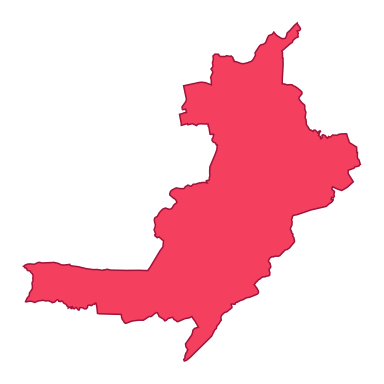 outline of Pleiku, Gia Lai, Vietnam
{"feature_id": "81297802B26419635481013", "entity_name": "Pleiku", "entity_type": "district", "adm_level": 2, "iso_a3": "VNM", "parent_name": "Vietnam", "parent_adm1": "Gia Lai", "projection": "orthographic", "projection_center": [107.982, 13.96], "detail": "fine", "context": "isolated", "style": "filled", "palette": "rose", "viewbox_px": 384, "rotation_deg": 0, "n_neighbors": 0, "source": "geoboundaries", "source_scale": "gbopen_adm2", "svg_char_len": 5946}
<svg xmlns="http://www.w3.org/2000/svg" viewBox="0 0 384 384"><path d="M211.0,69.0L212.4,71.0L212.8,72.1L212.6,72.9L210.6,77.4L211.2,79.6L211.4,84.9L205.3,82.6L201.5,82.2L199.4,82.4L183.6,85.8L186.4,99.1L186.2,100.5L185.5,102.0L182.0,106.9L182.3,109.2L182.6,109.7L185.7,109.2L186.4,112.5L184.1,112.8L182.0,113.7L179.5,114.3L181.2,123.0L181.3,125.4L187.5,123.6L187.9,124.8L192.4,123.7L196.6,125.6L197.7,124.3L199.8,123.8L208.7,124.1L208.4,124.2L208.1,125.9L208.3,126.5L208.9,127.0L210.0,134.2L210.6,134.5L213.0,134.0L213.9,134.7L213.3,135.5L213.2,137.3L212.1,139.0L212.0,140.4L213.3,142.1L215.3,142.9L216.5,145.1L217.3,145.0L216.8,149.9L215.0,154.7L209.9,166.8L209.6,171.7L209.8,172.8L209.6,173.7L210.0,175.4L209.4,177.2L209.2,179.9L208.8,180.3L207.2,180.4L206.2,180.9L207.2,182.9L204.7,182.4L201.9,182.5L201.2,182.9L199.4,182.9L195.3,184.2L193.3,184.2L191.0,186.3L190.3,186.2L188.9,185.3L187.5,185.2L186.7,186.0L185.5,186.5L184.3,188.2L183.3,188.7L178.4,188.4L176.7,187.9L175.4,188.2L171.9,190.1L170.5,191.4L169.7,193.8L169.8,195.0L173.5,198.2L175.1,199.1L176.1,200.4L176.9,202.3L175.8,203.5L174.5,204.3L173.7,205.2L172.3,207.7L170.9,209.0L169.3,209.3L165.4,208.0L162.4,209.3L159.4,212.6L157.2,216.6L155.3,217.4L154.5,218.5L154.3,220.7L155.4,225.0L155.1,226.9L154.1,229.7L155.7,234.2L154.7,234.9L155.3,236.3L156.0,236.4L156.8,237.5L157.6,237.7L158.4,237.1L159.1,237.0L162.2,239.9L163.5,240.5L163.0,246.2L162.9,246.9L160.2,250.5L150.2,267.2L147.7,270.6L139.0,270.3L126.5,270.4L110.6,270.1L107.0,269.2L105.5,269.8L103.5,269.9L102.6,270.4L97.3,269.5L93.4,269.6L86.5,268.7L78.2,266.7L71.1,265.8L70.1,265.2L69.8,264.4L64.3,265.0L61.3,264.9L58.6,263.5L54.0,262.4L42.1,263.0L39.4,262.3L37.8,262.6L34.3,264.3L30.0,263.9L27.6,264.1L25.1,265.1L23.7,266.2L24.1,266.3L24.4,267.2L24.8,267.4L25.1,268.0L26.2,267.9L27.4,270.3L27.9,270.6L29.9,270.9L31.3,272.9L32.5,274.0L33.1,275.6L32.8,278.7L33.1,280.4L32.0,282.9L32.4,286.7L32.3,288.7L29.5,293.0L29.2,295.7L27.1,298.2L25.5,301.7L25.9,301.9L30.0,301.2L32.3,301.5L34.7,302.5L38.1,301.0L43.1,300.3L46.1,301.0L48.2,300.6L49.9,301.4L50.9,301.6L52.2,302.7L54.6,302.1L56.9,299.9L57.6,299.7L58.4,300.2L58.7,301.3L60.6,301.6L61.6,301.0L62.2,301.1L64.0,303.3L66.2,304.4L67.2,306.2L68.2,306.8L68.2,308.1L70.1,307.1L71.1,308.5L71.6,308.6L71.8,306.8L72.3,306.6L73.4,308.6L74.4,308.8L75.8,307.5L76.2,307.5L78.3,310.0L79.3,309.9L79.7,308.0L80.3,307.6L82.8,307.8L84.6,308.9L86.5,308.7L87.5,307.3L87.7,305.6L89.7,305.0L91.1,305.7L91.6,305.6L93.3,304.1L94.6,304.2L95.4,303.1L95.8,303.0L96.7,305.8L97.5,313.4L99.5,313.8L121.2,314.4L121.7,317.9L122.2,319.1L124.6,322.8L125.4,323.3L126.5,323.1L132.3,321.0L138.8,320.2L143.5,320.2L149.0,316.5L150.5,316.7L151.7,316.2L154.6,313.6L156.8,312.5L157.6,313.1L159.2,316.6L163.2,318.9L164.9,320.9L166.2,320.3L168.3,318.4L172.6,317.3L173.9,319.4L175.9,320.5L176.9,321.5L177.9,321.7L184.7,318.7L189.5,317.8L191.8,316.5L193.9,319.8L194.8,320.8L198.4,327.1L194.7,328.4L193.3,329.7L192.9,330.5L192.5,332.7L191.8,334.9L185.5,343.9L185.9,346.8L187.9,349.8L187.1,350.8L186.9,351.9L185.7,353.4L185.6,354.4L185.0,355.6L185.0,357.7L183.7,359.6L184.3,361.0L186.5,360.3L189.9,357.6L211.5,336.3L214.7,329.9L216.4,328.4L216.7,326.3L219.2,323.3L220.4,321.1L221.3,320.2L220.8,316.8L222.0,314.9L224.6,312.5L226.9,311.8L231.9,307.7L232.0,306.9L231.4,305.4L231.2,304.2L232.3,304.0L234.8,304.3L235.3,303.9L235.5,302.9L236.0,302.5L237.3,302.2L240.0,300.7L243.2,299.6L246.2,297.9L250.1,297.1L257.2,294.2L257.8,293.7L258.5,292.5L258.4,291.0L256.8,288.1L254.2,284.7L256.4,281.8L257.1,281.4L258.5,279.7L260.3,278.8L261.6,277.5L262.7,277.0L265.1,276.8L266.5,276.1L268.8,275.8L269.7,275.1L269.9,272.8L269.0,269.5L270.7,267.3L270.8,266.6L270.1,263.4L268.7,261.7L268.4,260.8L270.0,257.9L272.1,256.6L273.2,257.0L274.8,256.2L278.4,256.2L279.7,255.7L285.1,250.0L287.2,249.5L289.4,248.0L294.4,242.0L294.5,240.8L293.9,237.9L292.7,235.9L293.0,234.2L291.7,232.9L291.5,231.3L290.4,229.5L290.7,227.5L291.9,225.2L292.1,221.8L291.5,219.6L292.1,218.5L292.3,216.9L293.3,215.4L297.4,214.6L310.7,210.0L326.2,206.4L329.4,203.6L331.5,202.3L333.1,200.3L333.1,199.7L331.3,199.6L331.1,199.1L331.9,197.3L333.3,198.0L334.3,196.2L333.9,194.2L334.5,191.8L334.1,191.1L332.2,189.7L331.9,188.6L332.5,186.8L337.6,189.1L341.8,190.5L347.2,187.3L353.3,181.8L348.5,174.1L348.1,172.9L348.2,170.3L354.0,168.2L355.1,166.7L356.4,166.7L359.1,165.9L359.9,164.3L360.3,164.3L359.0,159.9L357.7,158.6L357.3,156.4L357.5,152.4L356.8,152.4L356.6,147.1L349.7,142.8L349.0,141.7L348.8,140.3L348.0,138.7L346.6,133.8L341.4,133.9L338.5,134.4L337.3,135.2L336.7,135.3L332.6,135.0L330.4,137.1L328.5,136.5L327.6,138.2L326.4,137.3L325.3,135.7L323.0,134.7L322.0,135.3L322.1,137.7L320.8,138.8L320.5,138.6L320.5,137.4L320.1,136.4L318.5,135.4L319.4,133.7L319.3,132.6L320.5,131.6L320.2,130.9L319.3,131.0L317.8,132.9L317.1,131.9L315.0,130.0L313.7,130.3L313.0,131.5L311.5,130.3L309.7,129.8L308.3,127.3L306.7,125.3L306.4,124.3L306.0,119.7L305.1,117.7L305.9,112.3L304.8,109.3L304.8,105.8L304.6,105.1L301.6,102.5L299.1,99.1L298.9,98.2L299.2,97.2L302.0,93.8L301.9,92.0L300.3,90.4L297.6,88.2L295.2,86.5L293.4,85.9L292.2,84.8L290.0,84.6L287.5,84.9L284.5,84.0L282.3,83.8L282.3,78.7L283.1,65.1L283.0,58.2L282.5,58.3L282.5,52.6L281.8,51.1L290.7,43.3L292.2,42.5L293.2,40.2L293.9,39.6L295.6,38.1L298.3,36.8L297.9,36.1L297.8,35.1L298.3,33.3L297.2,30.9L299.5,30.6L300.4,29.4L300.5,28.8L300.1,27.8L297.4,23.9L297.2,23.0L294.5,25.3L290.2,30.2L287.2,32.9L286.5,35.7L285.4,38.3L283.6,38.6L281.6,38.5L276.6,35.4L273.8,32.1L272.4,34.2L268.7,35.6L267.6,37.6L265.7,42.5L263.6,44.2L260.8,44.8L259.6,45.9L258.4,47.6L255.1,52.7L255.0,53.2L255.5,54.8L255.0,56.2L253.0,59.7L251.6,61.2L247.4,62.8L243.6,63.7L242.0,63.6L240.5,63.3L236.6,61.8L234.0,61.4L234.0,60.1L233.3,59.5L232.9,57.6L231.2,56.0L229.5,56.3L226.6,55.7L225.2,56.5L220.4,56.5L219.0,55.4L218.6,54.3L215.0,54.1L213.0,56.0L213.3,59.2L212.9,61.4L212.4,62.5L213.0,66.2L212.8,66.8L211.0,69.0Z" fill="#f43f5e" stroke="#9f1239" stroke-width="1.5"/></svg>